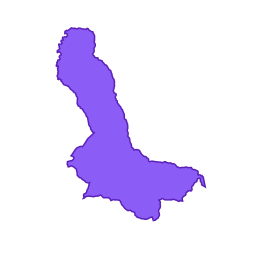 outline of Divinópolis do Tocantins, Tocantins, Brazil, rotated 18°
{"feature_id": "56859067B58082992267774", "entity_name": "Divinópolis do Tocantins", "entity_type": "district", "adm_level": 2, "iso_a3": "BRA", "parent_name": "Brazil", "parent_adm1": "Tocantins", "projection": "robinson", "projection_center": [-49.348, -9.64], "detail": "fine", "context": "isolated", "style": "filled", "palette": "violet", "viewbox_px": 256, "rotation_deg": 18, "n_neighbors": 0, "source": "geoboundaries", "source_scale": "gbopen_adm2", "svg_char_len": 5798}
<svg xmlns="http://www.w3.org/2000/svg" viewBox="0 0 256 256"><g transform="rotate(18 128 128)"><path d="M38.3,55.4L38.3,56.3L38.8,57.8L39.9,57.2L40.5,57.1L41.6,58.1L41.7,59.2L41.3,60.4L39.5,60.9L38.8,61.5L37.9,61.9L37.8,62.7L39.3,64.3L37.5,65.2L37.5,66.5L39.0,67.4L38.8,68.8L36.3,69.6L36.4,70.3L36.8,71.0L37.6,71.6L37.7,72.7L38.4,73.3L38.4,74.1L36.9,76.4L37.1,77.4L37.5,78.0L39.3,76.7L40.9,77.6L41.5,78.3L41.7,79.4L40.9,79.9L40.5,81.3L41.0,82.2L41.8,82.7L42.0,83.9L41.5,84.6L40.8,84.6L40.3,85.2L40.6,86.7L40.0,87.5L40.2,88.2L40.8,88.8L40.4,90.5L40.9,91.4L42.1,90.5L42.7,91.1L42.9,91.8L42.5,92.7L43.6,95.3L44.2,95.5L44.4,96.3L44.1,96.9L44.7,98.2L44.5,100.3L44.9,101.1L45.8,101.5L46.1,103.2L47.0,103.4L47.5,102.5L48.2,102.5L49.1,103.1L49.9,103.1L49.8,104.0L50.6,104.3L51.2,104.7L53.3,106.5L55.2,106.7L56.9,106.5L57.6,106.9L58.6,106.7L61.2,108.8L64.2,109.8L64.9,110.5L65.8,110.8L66.6,110.8L67.5,111.3L67.7,111.9L68.2,112.4L69.0,113.6L70.4,114.6L70.9,115.3L71.0,116.6L71.8,119.1L71.9,120.1L72.8,121.3L74.0,122.5L74.8,122.3L75.8,122.6L76.3,123.6L77.3,123.9L78.7,124.0L79.3,124.7L79.9,124.8L80.5,125.7L83.6,127.9L84.4,129.3L85.0,129.9L86.0,130.2L86.5,130.9L88.1,133.9L88.5,134.5L89.2,136.1L89.9,137.2L90.7,138.0L92.1,138.8L92.6,140.1L93.3,141.0L95.8,142.9L96.7,142.6L97.4,143.0L93.1,150.5L91.2,157.8L90.4,159.9L89.6,159.9L88.5,160.2L87.5,160.8L86.9,161.6L85.5,162.7L84.4,165.1L84.4,165.9L84.0,166.7L83.0,170.5L82.4,172.1L84.7,172.2L85.3,172.5L85.8,173.1L85.8,174.1L85.2,175.9L80.8,178.7L81.1,179.5L81.3,181.2L82.5,182.4L83.0,183.4L84.0,183.1L85.1,182.1L86.1,181.4L89.1,182.0L90.0,182.5L91.1,182.8L91.8,183.5L93.5,186.4L94.3,188.6L96.0,189.6L97.4,190.2L98.6,190.0L100.4,191.1L101.5,191.2L103.7,192.0L104.4,192.5L105.2,192.7L107.8,192.4L108.3,191.9L108.7,198.0L108.4,199.0L108.2,200.0L108.5,201.3L108.3,202.5L107.9,203.2L106.8,204.1L106.5,204.8L106.5,205.9L107.5,207.4L107.3,208.7L108.1,208.1L108.5,207.4L108.6,206.6L109.6,206.1L110.3,205.5L112.4,204.7L113.1,204.7L113.8,204.4L116.3,204.1L118.5,202.7L119.8,202.3L121.2,201.6L122.4,200.3L123.3,200.3L125.9,201.8L126.6,201.8L129.0,200.9L131.0,200.4L131.7,200.5L133.1,201.2L134.2,202.3L136.2,200.6L137.9,200.5L138.5,200.1L140.2,199.7L142.3,199.4L142.9,199.7L143.4,200.1L143.9,200.8L144.7,201.4L145.1,202.2L145.6,202.8L147.5,203.8L149.6,205.3L150.3,205.5L150.8,205.9L153.2,206.6L154.2,206.3L155.7,205.5L157.6,206.3L158.5,206.1L160.5,206.3L161.7,208.8L163.4,209.4L163.9,209.9L165.5,210.1L166.2,209.8L168.8,210.2L170.8,209.6L172.7,209.5L174.8,208.4L176.3,206.7L177.0,206.1L178.5,205.2L180.7,208.2L181.4,207.7L182.4,207.3L182.9,206.5L183.2,205.8L184.4,204.4L184.7,202.5L184.8,201.5L184.7,200.8L183.9,199.2L183.2,198.6L182.8,197.8L182.6,196.2L183.2,194.0L182.7,191.4L182.0,190.6L181.9,189.1L181.5,188.3L180.8,187.8L180.1,187.5L179.6,187.0L181.1,186.0L182.2,184.8L183.0,184.4L184.6,184.9L186.0,184.7L189.2,183.7L189.9,183.2L190.7,183.3L192.1,182.6L192.5,182.0L193.2,181.8L194.8,181.7L195.8,181.8L196.6,181.7L198.6,182.1L199.3,182.0L200.2,180.8L201.7,180.9L202.6,180.6L201.6,179.0L201.2,177.9L201.5,176.9L202.0,175.9L203.5,174.1L203.6,173.0L203.1,171.9L203.5,171.0L204.2,170.4L204.4,169.5L205.2,169.2L205.8,168.4L207.3,168.5L207.8,167.9L207.9,167.1L207.8,166.4L206.8,164.7L206.9,163.8L207.7,162.4L208.1,159.7L209.9,157.7L209.9,156.6L209.7,155.7L209.9,154.8L210.4,154.2L211.2,154.0L211.9,153.5L212.8,154.0L212.8,155.0L213.4,156.4L214.2,156.9L215.3,158.2L215.6,159.3L219.7,160.2L214.6,151.3L213.7,151.0L212.9,150.3L212.3,150.9L211.1,150.3L210.3,150.5L209.5,151.0L208.8,150.7L208.8,149.8L208.5,148.9L208.2,148.0L207.6,147.4L204.4,147.0L203.5,147.1L202.7,147.4L201.7,147.2L201.0,146.4L200.4,146.0L197.3,147.2L196.3,147.0L195.6,147.3L194.7,147.3L194.1,148.0L191.3,149.0L189.5,149.9L187.7,149.7L186.8,149.9L184.5,148.4L182.5,147.8L181.1,148.4L180.4,148.3L179.6,148.0L177.1,148.8L175.6,148.9L174.9,148.9L174.4,148.5L173.5,148.6L172.0,149.8L171.6,150.4L170.9,150.5L170.3,150.3L165.0,151.5L162.0,151.9L160.3,152.4L158.9,153.4L158.3,153.2L157.7,152.8L157.4,151.7L156.8,151.0L156.1,150.6L154.9,150.6L154.0,149.7L153.4,149.7L152.6,150.0L151.6,149.9L149.9,149.2L148.6,148.5L147.5,147.3L146.3,146.4L145.9,145.8L144.0,145.6L143.1,145.9L142.4,146.0L141.7,146.3L141.1,146.9L140.4,147.1L140.0,146.4L139.3,145.9L138.6,145.5L137.9,145.4L137.3,145.1L136.8,143.7L135.9,142.3L135.4,141.7L134.7,141.3L134.2,140.6L132.9,137.8L132.4,137.1L130.5,136.1L130.2,135.1L130.1,134.0L129.7,133.2L129.5,132.4L127.8,130.5L128.0,128.8L127.7,128.2L127.6,127.4L126.6,125.1L126.2,124.1L125.4,123.7L124.9,122.4L124.3,122.0L124.0,121.2L123.5,120.8L122.7,120.7L122.0,120.3L121.3,119.5L120.7,117.4L120.2,116.3L119.7,115.5L119.1,115.1L118.7,114.3L117.6,113.4L117.3,112.5L116.6,112.1L115.9,111.9L115.4,111.4L114.8,110.5L114.1,109.9L112.9,109.4L111.5,108.2L110.7,108.0L110.1,107.3L109.3,105.5L107.9,104.9L107.6,104.0L106.8,103.4L106.4,102.8L106.3,101.7L106.6,100.6L106.4,99.7L105.7,99.1L105.0,99.1L104.1,98.9L102.8,97.6L102.4,96.6L102.5,94.8L102.2,94.2L102.2,92.7L102.1,91.9L101.8,91.0L101.3,90.3L100.9,88.3L100.1,86.9L99.5,86.0L98.2,85.2L97.1,83.5L96.4,82.8L96.1,81.7L94.8,80.4L94.0,78.9L93.1,78.5L92.4,78.6L91.6,78.2L91.2,77.5L90.5,77.2L89.6,76.1L88.9,75.8L88.5,75.2L87.9,74.9L86.3,75.0L85.2,74.0L83.0,72.8L82.8,72.2L80.4,72.1L79.0,72.4L78.5,71.9L77.6,70.6L75.8,71.2L75.0,71.0L74.3,70.8L73.8,70.1L72.7,69.7L71.8,69.0L71.7,68.3L71.9,66.8L72.1,66.1L72.1,65.2L71.2,63.4L71.1,62.3L71.5,59.9L71.1,58.8L70.3,57.6L69.5,57.3L69.1,56.1L69.1,54.7L68.4,53.0L68.1,51.6L67.3,50.0L66.1,49.1L64.8,47.4L63.5,47.6L61.8,47.2L60.9,46.9L59.9,46.4L59.3,45.8L58.3,45.9L57.7,47.2L56.8,47.2L55.3,47.5L54.4,47.9L51.1,47.9L49.5,48.7L49.2,49.5L48.3,49.7L46.8,49.5L46.0,49.7L45.5,50.3L44.7,50.1L43.9,50.4L43.1,50.3L42.8,51.0L40.7,53.8L40.1,54.2L39.3,54.2L38.9,54.8L38.3,55.4Z" fill="#8b5cf6" stroke="#5b21b6" stroke-width="1.5"/></g></svg>